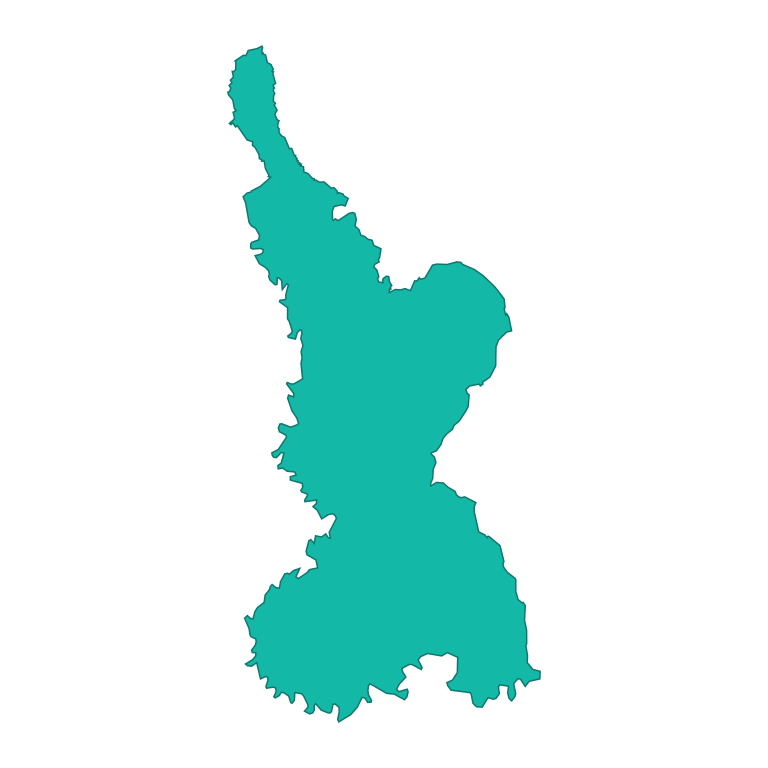 Nyarugenge, Kigali City, Rwanda
{"feature_id": "39286606B91255837333217", "entity_name": "Nyarugenge", "entity_type": "district", "adm_level": 2, "iso_a3": "RWA", "parent_name": "Rwanda", "parent_adm1": "Kigali City", "projection": "robinson", "projection_center": [30.031, -1.971], "detail": "fine", "context": "isolated", "style": "filled", "palette": "teal", "viewbox_px": 768, "rotation_deg": 0, "n_neighbors": 0, "source": "geoboundaries", "source_scale": "gbopen_adm2", "svg_char_len": 6084}
<svg xmlns="http://www.w3.org/2000/svg" viewBox="0 0 768 768"><path d="M511.6,330.8L508.8,317.0L506.7,313.6L505.6,315.1L504.1,308.3L505.0,307.8L504.2,299.2L501.1,294.8L494.9,287.0L483.2,275.7L474.2,269.4L462.5,264.4L460.9,262.4L456.9,261.9L447.1,264.5L436.7,264.1L432.5,265.1L424.9,278.1L420.5,279.3L419.2,277.7L417.1,280.9L414.6,280.9L410.4,290.7L405.1,288.6L400.5,289.9L395.3,289.5L389.3,292.5L389.5,289.2L390.8,289.2L390.6,286.5L391.8,285.5L389.5,281.8L388.7,276.5L386.5,276.2L383.4,278.3L382.6,280.0L383.2,282.7L378.7,282.0L377.5,278.8L378.8,276.9L376.9,270.0L373.7,266.9L374.8,264.3L379.2,261.9L378.3,259.6L379.5,257.9L381.0,248.8L373.7,245.4L372.0,240.2L367.8,239.2L364.5,236.4L360.9,235.3L358.9,229.5L355.0,226.2L356.3,219.4L354.9,213.5L352.7,212.5L349.2,213.3L338.2,220.6L335.3,218.8L333.5,220.5L332.6,219.8L332.3,211.2L334.1,206.5L341.4,204.8L345.2,206.0L348.2,198.4L344.2,196.1L342.9,194.0L338.7,192.6L337.5,193.4L337.1,191.0L334.0,187.7L331.2,188.1L324.0,181.9L319.3,182.2L316.0,180.1L314.2,180.2L314.2,178.7L312.5,178.5L307.9,173.5L303.9,172.0L303.5,166.7L301.0,166.0L301.3,164.5L300.3,165.1L300.2,163.6L299.2,164.1L299.4,162.7L297.3,161.6L298.1,160.7L296.6,159.5L297.0,158.4L295.4,156.9L295.7,155.5L294.2,155.2L291.7,148.4L289.3,148.6L284.8,137.7L281.2,135.5L279.0,132.5L279.1,128.7L277.8,127.4L277.7,124.4L279.0,120.6L277.4,120.0L274.7,114.4L277.1,110.1L274.2,105.1L275.5,103.3L273.4,101.4L273.6,95.9L274.8,93.5L273.5,91.4L273.5,88.2L274.4,88.1L273.1,85.2L275.6,83.5L272.8,73.3L273.5,71.8L272.1,71.1L273.3,69.3L271.0,64.5L267.4,62.6L265.5,54.9L262.3,53.9L263.1,52.9L261.6,51.7L262.6,47.7L262.0,46.1L256.8,48.7L248.2,50.5L245.9,55.5L243.4,55.3L235.0,60.9L235.9,62.3L235.7,69.5L233.8,71.6L232.3,71.3L233.4,77.1L230.4,80.2L231.9,82.7L229.1,85.5L230.8,88.0L229.7,91.2L227.9,92.2L228.5,94.8L232.8,100.0L234.4,108.7L236.1,110.7L233.1,112.3L234.5,117.7L233.9,119.5L229.4,123.4L230.9,124.7L232.6,122.8L235.6,127.0L237.2,125.6L247.2,140.0L252.6,141.7L252.5,145.5L254.9,147.1L259.1,154.8L259.3,158.6L261.7,159.8L261.6,161.2L264.2,161.1L265.3,168.2L269.1,175.7L268.3,176.6L270.7,177.3L260.3,186.4L251.3,191.0L251.1,192.0L247.0,193.1L243.1,196.8L245.6,202.7L249.1,222.6L251.5,226.0L255.6,228.3L259.5,235.4L258.7,239.9L251.8,242.3L250.7,243.9L250.7,247.9L252.4,249.0L260.3,248.5L263.3,249.6L262.8,252.6L260.4,254.4L255.1,255.6L259.4,263.7L265.6,267.6L268.6,270.9L269.4,274.4L268.6,276.2L269.9,280.0L275.1,284.8L277.0,284.4L277.3,277.7L279.2,278.2L281.6,280.6L282.3,289.6L286.9,283.6L288.4,284.9L285.9,294.3L285.8,298.5L285.1,299.7L280.0,300.2L279.5,301.8L287.6,307.6L287.5,318.7L289.4,321.8L292.3,331.3L291.2,333.4L287.8,336.0L288.4,337.5L295.4,339.1L297.2,332.9L299.9,329.7L301.4,330.4L301.9,333.1L300.8,338.6L303.0,345.5L301.1,351.6L302.1,358.0L301.0,363.3L302.6,378.9L294.1,383.8L291.6,384.1L287.3,382.5L286.6,383.8L293.8,393.7L293.7,396.8L288.5,395.1L287.7,398.3L291.9,410.7L296.7,417.9L298.6,423.1L297.3,424.7L290.7,427.2L281.6,423.7L279.8,424.1L278.4,427.9L279.4,431.7L286.0,435.2L286.5,437.2L278.3,449.5L271.9,452.8L272.1,455.0L273.5,457.1L276.3,457.7L281.3,452.5L283.9,453.0L281.2,463.2L277.9,465.5L278.2,468.8L282.7,468.0L287.2,471.3L294.6,471.9L296.2,475.1L290.3,476.7L290.3,480.0L302.3,483.4L302.7,487.1L300.8,490.6L301.9,492.1L307.1,493.9L307.5,495.3L304.7,500.2L304.9,501.7L316.7,500.1L316.3,503.6L313.0,506.6L317.3,510.3L321.7,518.9L328.3,514.7L332.5,513.7L335.1,515.3L336.4,518.4L329.2,532.3L330.4,538.1L328.2,537.7L325.8,533.9L321.5,537.0L315.6,535.8L314.2,543.4L310.8,539.6L308.8,540.9L306.1,551.3L307.0,554.8L316.0,560.0L317.6,567.9L309.3,569.7L307.5,572.3L298.2,578.7L295.9,576.8L299.8,568.4L293.7,570.5L289.2,574.3L287.6,573.2L284.8,573.9L280.5,581.7L279.4,588.2L275.8,587.6L272.1,584.5L270.5,586.2L269.3,589.9L265.2,594.9L264.1,602.4L257.6,607.4L255.0,611.4L252.9,619.0L250.2,618.3L247.4,615.6L244.6,618.2L249.1,628.6L250.1,635.3L251.3,636.9L255.7,638.8L256.2,641.8L255.2,645.4L251.6,650.1L252.3,652.6L255.9,652.7L255.7,655.9L252.7,659.6L245.5,664.0L247.6,665.8L251.8,666.1L256.7,662.6L260.5,678.9L266.2,676.3L267.8,677.8L267.9,680.5L265.9,686.6L266.6,688.2L273.5,687.1L275.6,688.0L276.2,691.6L273.8,696.8L275.1,697.9L279.3,695.6L281.2,692.4L283.7,692.6L288.7,696.1L290.8,702.7L292.2,703.2L294.4,700.3L294.8,692.6L301.5,693.7L303.5,695.7L307.8,704.5L308.0,707.2L304.5,711.2L309.7,713.9L312.8,712.9L314.3,709.9L314.2,705.5L315.6,703.7L321.2,710.1L328.1,712.9L330.3,712.9L331.5,711.5L333.0,704.3L335.0,704.0L339.0,707.2L339.2,712.0L337.7,719.5L338.8,721.9L351.0,714.4L357.4,707.0L362.1,697.4L364.9,698.1L367.7,702.4L371.1,702.2L371.5,700.5L368.5,695.0L367.9,691.1L368.3,686.4L369.8,683.6L386.7,693.4L394.2,694.1L404.5,699.7L406.9,696.9L408.1,691.8L407.2,689.2L398.7,691.7L396.6,689.1L399.3,684.1L405.9,677.0L402.6,671.8L402.0,668.4L409.3,664.4L412.2,664.6L421.3,669.5L422.1,667.6L418.1,659.9L420.5,656.7L427.4,653.5L441.7,655.9L447.3,652.6L457.7,657.3L457.3,672.6L452.5,680.1L446.9,682.6L447.7,685.6L451.0,690.2L470.0,692.6L471.2,694.2L473.0,703.3L476.6,706.8L482.2,707.1L488.0,697.7L493.3,699.2L496.0,698.4L499.4,693.7L498.4,687.3L499.5,684.8L508.5,686.2L507.7,693.3L509.1,698.4L511.6,700.9L514.7,697.1L515.7,693.8L513.7,683.6L518.0,678.7L520.5,679.2L525.2,686.4L529.2,681.3L539.9,678.9L540.1,671.3L532.9,669.5L527.2,662.6L527.5,655.3L525.8,645.3L526.7,643.8L526.6,630.0L524.5,620.3L525.3,605.7L523.1,602.4L522.2,602.9L518.1,599.6L515.8,591.5L515.8,579.7L514.9,578.2L507.1,572.1L503.5,566.9L503.0,564.5L503.9,561.3L500.0,545.6L489.2,536.7L488.1,536.2L487.1,537.7L484.9,535.0L478.7,531.8L474.2,511.6L474.3,506.6L475.9,502.6L464.8,496.9L461.0,497.7L458.7,496.8L456.5,495.0L455.1,491.4L447.9,487.2L443.3,483.0L436.7,482.4L430.7,485.9L430.5,483.8L432.7,478.5L433.2,469.2L435.9,462.5L434.4,457.0L431.4,454.2L431.4,452.7L436.0,451.1L437.6,449.3L441.1,444.3L442.8,438.8L446.6,434.0L452.4,429.4L453.9,425.5L459.1,421.2L466.0,410.8L468.2,406.4L469.1,394.9L467.1,393.1L465.8,389.6L469.5,386.0L479.0,384.1L480.4,385.9L483.0,384.0L482.5,382.3L489.8,377.2L495.7,365.9L496.0,346.7L498.5,340.1L506.6,332.1L511.6,330.8Z" fill="#14b8a6" stroke="#0f766e" stroke-width="1.5"/></svg>